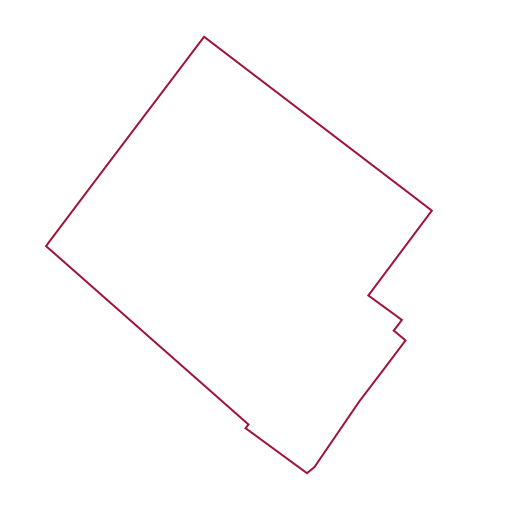 Hardin, Ohio, United States of America, rotated 37°
{"feature_id": "52423323B45782198481298", "entity_name": "Hardin", "entity_type": "district", "adm_level": 2, "iso_a3": "USA", "parent_name": "United States of America", "parent_adm1": "Ohio", "projection": "robinson", "projection_center": [-83.573, 40.662], "detail": "fine", "context": "isolated", "style": "outline", "palette": "rose", "viewbox_px": 512, "rotation_deg": 37, "n_neighbors": 0, "source": "geoboundaries", "source_scale": "gbopen_adm2", "svg_char_len": 377}
<svg xmlns="http://www.w3.org/2000/svg" viewBox="0 0 512 512"><g transform="rotate(37 256 256)"><path d="M427.4,398.8L429.7,389.4L426.0,309.6L426.2,272.8L426.2,233.4L410.9,232.7L411.0,219.3L369.5,219.9L369.1,114.0L354.4,113.8L82.6,112.2L82.3,271.8L82.3,368.3L82.4,374.5L100.3,375.8L351.4,395.1L351.3,399.8L427.4,398.8Z" fill="none" stroke="#9f1239" stroke-width="2"/></g></svg>